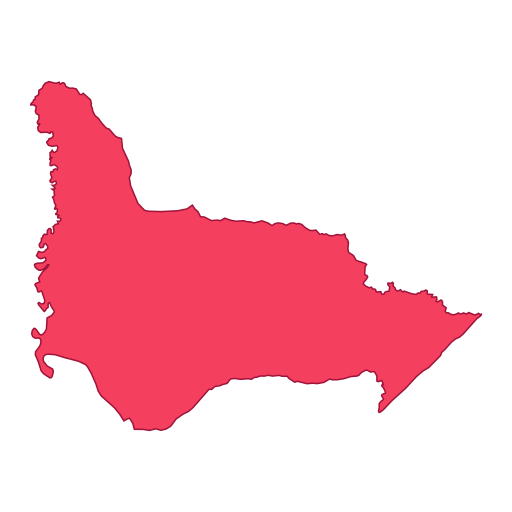 the district of Dondo, Sofala, Mozambique
{"feature_id": "85939544B17350721147016", "entity_name": "Dondo", "entity_type": "district", "adm_level": 2, "iso_a3": "MOZ", "parent_name": "Mozambique", "parent_adm1": "Sofala", "projection": "robinson", "projection_center": [34.673, -19.439], "detail": "fine", "context": "isolated", "style": "filled", "palette": "rose", "viewbox_px": 512, "rotation_deg": 0, "n_neighbors": 0, "source": "geoboundaries", "source_scale": "gbopen_adm2", "svg_char_len": 5851}
<svg xmlns="http://www.w3.org/2000/svg" viewBox="0 0 512 512"><path d="M123.9,420.9L127.6,418.8L129.6,418.3L132.8,423.4L134.3,429.3L143.2,429.4L149.6,430.4L155.8,428.8L161.0,430.3L166.1,429.0L170.7,426.2L176.3,418.8L182.8,414.3L188.7,411.3L193.1,407.5L209.0,389.3L211.7,389.4L215.0,386.4L220.1,385.7L222.0,384.7L227.1,383.4L229.7,379.9L231.3,378.8L234.7,378.5L240.9,379.3L248.2,378.7L251.3,379.3L254.4,377.4L256.6,377.3L260.4,376.0L264.3,376.1L268.3,375.3L272.6,376.1L278.8,375.4L282.4,376.3L287.2,376.3L289.0,378.5L294.8,382.2L297.3,381.3L307.0,383.7L312.8,383.2L317.2,383.6L323.9,382.4L329.5,379.1L332.5,379.8L337.0,379.8L344.2,378.6L350.8,376.6L357.3,376.0L359.2,375.0L360.4,373.4L362.7,371.7L365.8,370.3L367.1,370.2L370.7,372.1L372.8,371.6L374.6,371.9L376.9,376.0L376.9,381.1L378.4,381.7L381.6,380.5L382.7,382.7L383.3,384.6L382.2,384.4L381.8,386.0L383.6,388.1L385.3,391.7L385.4,393.2L382.0,394.5L381.6,395.8L383.3,398.6L383.4,399.6L380.9,401.4L379.2,403.7L379.2,407.7L378.5,411.2L379.1,412.4L380.0,412.3L383.5,409.6L392.0,400.6L405.6,388.3L416.4,376.6L423.1,370.9L428.8,367.5L440.5,355.6L441.7,352.3L444.5,349.9L451.6,342.0L455.6,338.9L459.7,337.0L463.0,334.2L476.7,318.8L480.9,315.6L481.3,314.2L480.0,314.4L478.5,313.3L475.7,314.9L474.5,314.9L468.7,312.5L466.4,314.1L463.6,312.9L460.9,314.0L459.8,314.0L458.6,312.9L455.0,314.6L453.2,314.7L451.0,314.4L448.4,312.8L446.3,312.8L445.2,311.3L446.2,307.8L442.4,304.9L442.6,302.0L441.9,300.5L440.9,300.0L437.5,301.9L436.2,301.5L436.9,299.4L436.5,296.9L432.0,297.2L431.6,296.9L432.7,294.5L427.3,294.1L427.2,290.8L425.8,290.0L424.0,291.1L421.2,291.4L419.9,293.2L418.1,292.9L416.3,294.4L411.9,293.8L404.0,291.1L403.2,291.9L402.4,291.8L400.5,289.7L397.4,291.2L395.7,289.9L394.9,287.7L393.4,286.4L393.1,284.7L393.4,283.3L392.6,282.3L390.4,283.5L388.9,283.0L387.8,283.3L387.9,284.8L389.7,286.7L389.0,291.3L386.2,291.5L384.7,292.5L384.1,293.9L382.5,294.4L381.8,294.0L380.7,291.6L376.9,292.0L375.9,291.3L375.7,289.9L374.8,289.0L372.8,289.1L371.4,287.1L369.2,287.8L366.1,286.3L363.3,284.1L363.9,282.1L366.3,279.4L367.7,276.9L366.9,275.5L365.2,275.0L364.7,273.8L365.1,266.9L366.6,264.4L365.3,263.5L356.2,260.4L353.4,255.5L348.5,252.3L347.9,248.4L348.5,242.7L347.6,240.0L345.6,237.7L345.3,235.4L344.6,233.9L341.5,235.2L337.2,234.5L332.4,235.9L329.1,235.5L326.0,233.8L324.3,234.7L322.3,233.6L319.8,234.4L316.0,230.1L312.1,230.6L309.6,230.3L305.3,227.7L301.7,224.4L298.5,223.4L296.6,224.0L294.0,223.0L290.8,223.1L286.1,225.3L282.7,223.6L278.4,222.9L274.9,223.6L272.5,225.3L271.2,225.1L267.9,222.9L261.8,220.8L254.2,222.9L250.2,221.8L246.2,221.6L244.0,220.7L235.9,221.2L230.9,220.3L224.7,218.2L220.5,220.6L216.8,220.1L211.4,220.6L204.3,217.0L200.5,216.7L198.1,211.9L194.7,208.7L192.4,205.1L187.0,208.9L177.5,210.8L160.6,211.6L148.0,211.2L144.5,210.3L138.0,203.5L130.6,185.8L129.3,177.8L131.1,173.7L131.1,169.6L129.4,165.4L128.6,161.4L122.5,148.3L121.5,138.4L117.5,137.4L115.0,135.9L109.3,129.2L106.0,127.9L101.6,122.9L98.4,118.4L95.1,115.7L92.7,111.0L92.4,108.7L91.1,105.3L91.4,103.8L90.5,99.8L83.2,93.3L81.5,94.6L79.9,94.5L76.2,88.9L72.8,88.1L69.5,88.2L66.6,86.8L65.8,86.3L64.7,83.6L63.7,82.9L62.5,82.7L60.3,84.3L59.1,82.2L57.0,83.1L54.7,83.1L49.0,81.6L45.2,83.2L43.4,85.5L42.1,88.4L38.9,90.3L38.6,94.7L35.2,97.0L35.1,99.2L33.7,99.9L32.8,102.2L31.4,103.1L30.7,104.6L30.8,105.0L33.8,104.7L34.3,105.5L36.0,106.2L36.1,108.2L35.3,111.1L36.2,113.6L38.8,115.1L39.0,118.8L37.2,122.5L38.1,124.2L39.5,123.6L39.8,124.2L37.7,127.2L38.2,130.5L40.6,132.5L46.9,132.2L49.7,133.3L50.1,133.3L50.8,131.9L52.7,132.2L53.3,136.1L51.6,138.0L49.1,138.7L48.5,140.3L46.8,141.7L46.9,142.9L48.4,145.2L49.7,145.7L52.4,146.3L56.5,145.6L57.8,146.7L57.8,148.1L56.8,151.1L54.5,152.4L53.5,152.3L52.2,150.3L51.3,151.8L50.0,152.6L50.1,156.4L50.4,157.2L52.0,157.6L51.4,158.4L49.9,158.3L49.8,159.5L50.4,159.6L50.8,160.8L50.0,163.3L50.1,165.3L51.0,165.8L53.4,164.7L54.4,164.8L56.7,166.2L57.6,167.7L57.0,169.7L55.2,168.9L53.4,169.9L53.0,171.8L50.9,171.7L50.5,173.8L51.9,177.5L49.9,180.7L50.2,181.8L52.1,182.8L54.5,181.3L55.7,181.3L56.2,182.1L56.3,183.5L55.7,184.5L53.8,185.4L52.4,185.3L55.2,188.0L54.5,188.9L52.0,189.1L54.3,190.9L54.1,193.1L54.6,195.1L54.4,195.7L52.5,197.2L53.8,199.5L54.5,203.0L55.9,205.4L54.6,208.7L54.9,209.3L56.6,208.5L57.4,209.5L57.1,212.8L55.8,213.6L55.8,214.4L58.9,215.3L57.6,216.8L57.8,217.8L60.0,218.0L61.0,219.4L59.9,221.3L57.4,221.1L58.4,223.7L55.2,224.5L54.4,225.7L53.1,226.5L54.0,231.5L53.4,233.2L52.6,233.7L51.2,233.2L51.1,229.6L50.0,228.5L49.0,228.6L47.4,230.4L47.1,234.4L46.3,234.7L44.9,234.1L44.2,234.3L43.0,235.6L42.7,237.4L41.4,238.3L41.3,241.2L39.2,244.5L39.6,246.7L40.8,247.8L43.0,247.3L43.8,245.7L44.0,244.1L45.2,243.6L46.1,244.1L47.7,246.5L47.8,248.6L45.9,249.6L45.4,250.8L43.1,252.2L41.6,252.4L38.6,251.4L36.5,255.7L38.9,258.1L40.9,258.7L45.1,257.4L45.9,259.0L45.8,260.5L42.6,262.9L37.5,263.2L35.1,264.0L34.4,264.9L35.3,267.3L36.5,268.5L38.6,270.1L40.8,270.3L44.3,268.6L47.5,264.8L48.8,264.7L48.6,265.6L46.6,268.2L42.9,271.4L38.9,277.5L38.6,278.7L39.8,281.8L35.7,283.5L34.9,284.7L36.9,288.1L37.8,291.6L38.9,292.0L41.2,291.0L41.8,291.4L44.7,300.0L44.7,301.7L43.8,303.4L41.8,304.1L38.8,302.5L38.0,303.4L38.6,304.7L44.2,311.5L45.3,310.7L46.3,308.7L48.1,307.5L48.2,303.5L49.0,302.7L49.7,302.8L51.5,306.9L54.1,310.8L54.4,311.8L51.6,315.5L47.1,317.9L46.4,329.3L44.6,332.3L42.7,334.3L41.2,335.0L39.6,334.3L36.2,329.5L34.7,328.3L33.7,328.6L32.3,330.5L31.7,333.8L32.6,336.4L35.0,338.2L39.0,338.0L40.2,338.8L40.9,340.5L40.8,343.2L39.7,346.2L35.5,351.8L35.4,355.0L38.3,361.7L41.2,370.9L43.8,373.9L49.9,377.9L51.1,377.7L52.2,376.3L53.2,372.4L53.2,370.4L52.4,368.9L47.2,366.0L43.6,361.5L43.1,358.2L44.1,355.8L45.8,354.5L48.4,354.2L55.3,354.7L64.1,357.5L78.1,361.1L85.3,364.4L87.3,366.4L91.1,373.0L96.0,384.1L98.2,391.1L101.2,395.9L114.6,407.9L119.7,414.2L123.9,420.9Z" fill="#f43f5e" stroke="#9f1239" stroke-width="1.5"/></svg>